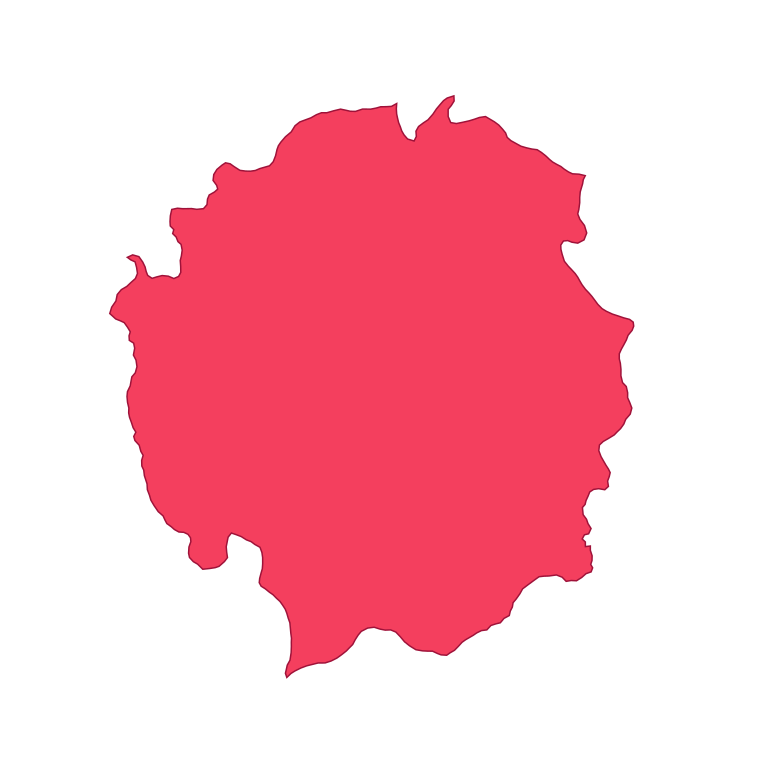 Campo Florido, Minas Gerais, Brazil (orthographic projection), rotated 254°
{"feature_id": "56859067B92335368120595", "entity_name": "Campo Florido", "entity_type": "district", "adm_level": 2, "iso_a3": "BRA", "parent_name": "Brazil", "parent_adm1": "Minas Gerais", "projection": "orthographic", "projection_center": [-48.647, -19.715], "detail": "fine", "context": "isolated", "style": "filled", "palette": "rose", "viewbox_px": 768, "rotation_deg": 254, "n_neighbors": 0, "source": "geoboundaries", "source_scale": "gbopen_adm2", "svg_char_len": 5091}
<svg xmlns="http://www.w3.org/2000/svg" viewBox="0 0 768 768"><g transform="rotate(254 384 384)"><path d="M527.3,139.8L523.8,142.0L520.5,144.0L517.4,148.0L514.6,151.2L509.3,153.1L504.1,154.5L500.6,152.2L496.1,151.2L492.3,154.6L487.1,154.2L480.9,151.1L475.3,152.2L468.7,151.3L463.3,148.0L460.4,143.6L456.2,141.5L452.1,139.5L447.4,135.3L442.8,133.5L437.1,132.4L431.2,132.1L426.6,130.6L422.2,130.2L416.8,130.6L411.1,130.8L406.1,132.2L402.6,129.0L398.3,129.0L392.6,131.8L386.3,131.7L381.8,132.8L377.4,130.0L371.9,128.6L367.4,129.3L362.0,128.4L353.3,128.7L347.6,127.4L341.7,127.9L336.5,127.9L330.4,129.5L323.5,131.8L318.1,135.3L313.4,136.0L309.7,136.8L305.4,140.2L301.9,142.4L298.3,146.0L296.6,150.7L293.5,154.2L289.5,155.6L285.7,154.9L281.1,151.6L275.2,149.5L270.8,149.2L265.7,151.8L262.2,155.2L255.9,158.7L254.7,165.6L254.0,171.2L254.2,175.2L257.3,181.7L260.3,185.7L265.6,186.4L271.1,187.5L275.0,189.5L279.7,191.9L282.8,196.2L280.2,200.0L276.7,204.7L272.1,208.8L269.1,212.8L265.4,215.6L261.2,219.8L255.7,220.2L250.6,219.5L244.6,217.8L239.9,216.1L236.6,214.0L231.4,210.9L227.4,209.3L223.4,210.2L220.0,213.3L215.4,216.5L212.1,219.2L207.7,221.6L203.6,224.1L199.4,225.6L194.8,227.0L190.4,227.4L185.2,227.4L180.4,227.7L175.1,226.7L169.9,225.7L165.1,225.0L161.2,223.7L157.2,222.6L151.4,220.7L144.4,217.5L140.4,213.5L136.5,211.4L133.1,209.5L128.7,209.7L131.4,214.8L132.7,219.3L133.9,225.7L134.4,232.0L134.2,237.7L134.0,243.7L132.1,250.5L132.3,256.7L133.5,263.1L135.5,268.7L137.8,274.3L139.9,277.9L142.2,282.1L146.2,285.9L149.8,290.0L152.5,294.0L153.9,301.0L152.9,307.5L149.5,312.6L147.1,317.3L145.8,322.6L142.3,327.0L136.6,330.0L130.5,332.7L125.3,336.4L119.8,341.4L116.9,347.4L115.2,352.3L113.8,357.0L110.3,361.0L107.9,364.2L106.0,369.5L107.4,373.5L108.6,378.4L111.4,383.3L114.2,387.8L115.7,392.0L116.8,396.4L117.8,400.4L119.2,404.6L120.1,409.7L119.3,415.1L122.4,420.2L122.6,425.4L122.4,430.0L125.6,434.7L126.9,440.6L130.9,442.8L134.2,445.9L138.2,447.8L140.9,451.8L144.9,456.8L148.9,460.8L151.4,467.3L154.1,474.6L156.0,479.9L155.2,484.8L154.0,489.6L152.9,497.1L149.2,502.0L144.1,504.7L143.5,509.8L141.8,514.8L143.5,520.7L146.0,525.9L146.3,531.3L149.8,533.9L153.6,533.0L157.0,535.3L161.5,536.7L167.2,536.5L171.4,537.7L172.2,532.8L176.7,534.0L180.4,531.8L183.8,535.1L183.6,539.4L188.0,543.2L193.6,541.6L198.1,541.4L203.5,539.4L210.6,540.7L212.8,544.1L216.3,546.1L219.9,549.2L223.5,552.0L224.9,556.4L224.2,561.5L221.5,567.1L223.7,571.5L229.1,572.2L232.9,575.0L236.5,577.0L240.4,576.3L245.0,574.9L249.9,573.7L254.4,572.6L260.7,572.1L266.0,574.3L268.3,578.8L270.0,585.5L271.6,591.3L273.7,594.9L275.9,599.1L279.4,603.5L283.4,606.6L287.2,612.4L292.6,615.6L298.6,615.1L303.7,614.4L308.4,615.8L314.8,616.2L319.6,613.7L326.6,614.0L332.7,615.8L338.7,616.9L343.3,617.1L348.2,618.5L352.1,621.8L355.7,625.4L359.5,629.1L363.5,632.0L367.2,637.3L370.8,640.0L374.8,640.6L378.4,637.9L381.5,632.7L384.9,627.8L388.2,622.9L392.6,617.8L396.3,614.4L401.6,611.5L406.7,609.6L410.9,608.0L415.2,606.0L419.6,603.7L424.9,601.7L429.2,600.6L433.2,599.7L437.5,598.2L442.1,595.9L446.7,593.5L452.3,591.2L459.7,591.0L464.7,591.2L468.8,592.2L472.0,595.9L471.2,600.2L468.5,603.7L466.0,609.1L467.4,616.0L473.3,620.5L481.1,620.4L488.2,617.7L494.1,617.1L498.1,619.4L504.3,622.1L509.5,623.6L514.6,625.6L518.1,627.8L521.7,630.1L525.5,631.9L528.8,634.9L531.9,629.4L534.1,623.1L537.0,619.8L540.8,616.5L544.3,614.0L547.6,610.5L551.0,607.2L554.4,604.9L558.2,602.7L563.0,599.3L567.0,595.8L569.1,590.9L571.8,586.0L574.9,581.1L579.1,576.9L582.9,573.1L587.1,570.4L591.8,570.1L596.3,568.2L601.3,565.7L605.6,562.4L609.2,559.0L613.1,555.3L613.9,549.2L613.6,543.9L613.5,538.5L613.9,531.7L614.4,525.4L616.9,520.2L623.4,519.4L630.4,521.4L633.1,525.4L636.7,529.4L641.7,530.6L641.5,523.6L640.0,519.4L637.1,514.9L634.0,510.3L629.9,505.4L625.8,499.1L624.1,493.7L622.0,488.2L618.2,484.4L613.0,483.3L609.3,479.9L613.0,474.2L618.0,471.9L622.4,470.8L626.7,470.6L631.2,470.1L635.8,470.3L640.1,470.6L645.1,471.7L650.1,473.5L648.8,467.7L650.0,462.4L651.4,457.2L651.4,452.6L651.9,446.8L654.2,439.2L653.9,431.8L655.4,426.9L657.5,423.1L660.2,418.0L660.5,410.9L660.5,403.7L662.0,398.7L661.5,393.3L660.0,387.1L659.5,380.4L659.1,375.3L656.8,369.7L651.9,364.3L648.8,357.4L645.0,351.6L642.2,348.2L638.9,345.8L633.3,342.7L628.2,338.8L625.3,334.1L625.3,329.5L625.3,324.0L624.7,319.2L625.4,314.2L626.8,309.7L629.1,304.4L634.2,299.9L638.1,296.8L640.3,292.6L639.0,288.5L636.3,282.5L632.3,278.1L626.8,275.8L621.1,277.9L617.2,277.9L615.3,274.0L613.9,268.1L610.4,265.3L605.2,263.3L602.3,258.8L603.5,252.2L605.7,247.3L606.9,242.8L608.0,238.8L609.9,233.9L610.3,228.1L604.6,225.0L599.2,223.1L594.8,222.1L590.4,224.5L586.8,222.3L582.6,224.7L577.6,225.2L574.2,227.4L568.3,226.9L562.9,224.5L558.9,222.2L552.8,220.9L547.3,219.4L544.0,216.2L543.3,211.1L547.1,206.4L549.4,200.6L549.6,195.1L549.5,190.2L553.5,186.8L557.7,186.4L562.4,186.6L567.7,185.7L574.0,183.5L577.4,178.0L576.5,172.2L573.1,174.8L570.0,178.4L564.4,178.3L558.2,177.5L553.9,174.1L551.3,168.7L548.7,163.7L547.1,157.5L543.5,152.2L537.7,149.2L532.9,143.4L527.3,139.8Z" fill="#f43f5e" stroke="#9f1239" stroke-width="1.5"/></g></svg>